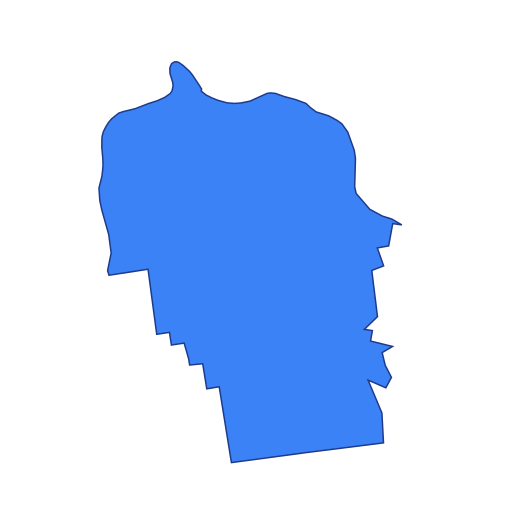 outline of Harrison, Indiana, United States of America, rotated 171°
{"feature_id": "52423323B9300257868576", "entity_name": "Harrison", "entity_type": "district", "adm_level": 2, "iso_a3": "USA", "parent_name": "United States of America", "parent_adm1": "Indiana", "projection": "albers", "projection_center": [-86.093, 38.19], "detail": "fine", "context": "isolated", "style": "filled", "palette": "blue", "viewbox_px": 512, "rotation_deg": 171, "n_neighbors": 0, "source": "geoboundaries", "source_scale": "gbopen_adm2", "svg_char_len": 1415}
<svg xmlns="http://www.w3.org/2000/svg" viewBox="0 0 512 512"><g transform="rotate(171 256 256)"><path d="M336.3,423.7L337.9,423.5L352.2,420.4L364.5,419.4L369.2,418.6L371.6,417.2L373.3,416.3L377.5,413.8L380.9,410.8L383.9,407.4L387.2,402.8L388.3,400.5L389.3,398.2L390.0,395.2L391.3,387.3L392.1,375.7L393.0,369.0L394.0,365.0L395.7,358.9L400.5,347.6L401.6,335.2L401.1,325.7L398.1,300.2L398.6,281.6L404.9,264.7L404.2,260.0L364.7,259.8L366.3,194.2L353.4,194.1L353.5,181.3L340.6,181.2L338.6,164.9L338.6,158.7L325.5,157.9L325.4,132.5L312.8,132.6L312.6,55.8L237.5,54.0L159.3,51.5L156.2,81.2L164.7,115.9L148.4,105.5L141.2,114.9L145.5,127.9L146.5,140.9L135.3,145.3L156.2,154.1L152.7,164.1L160.5,166.6L145.5,177.1L143.9,223.6L131.5,226.3L134.9,245.0L123.4,245.2L115.9,266.6L107.1,263.9L116.0,271.2L125.0,275.7L136.3,284.3L147.3,302.1L147.7,308.9L142.5,336.8L142.4,344.9L146.0,364.1L150.3,372.7L150.6,373.2L154.5,377.1L162.3,383.1L174.0,388.9L179.2,394.2L182.8,398.9L192.4,404.3L203.2,409.1L211.5,413.6L216.2,414.8L219.5,414.9L237.7,409.9L247.1,409.5L253.6,410.1L260.6,411.8L269.2,415.7L274.9,419.1L280.1,422.8L283.3,426.3L284.3,427.6L283.6,429.4L285.9,434.8L290.6,445.0L292.8,448.8L298.2,455.6L302.0,459.3L304.2,460.3L306.2,460.5L309.1,459.3L310.6,457.3L311.8,454.7L312.4,449.6L311.1,440.1L311.3,436.9L313.1,432.3L315.1,430.0L321.2,427.0L329.2,424.8L336.3,423.7Z" fill="#3b82f6" stroke="#1e3a8a" stroke-width="1.5"/></g></svg>